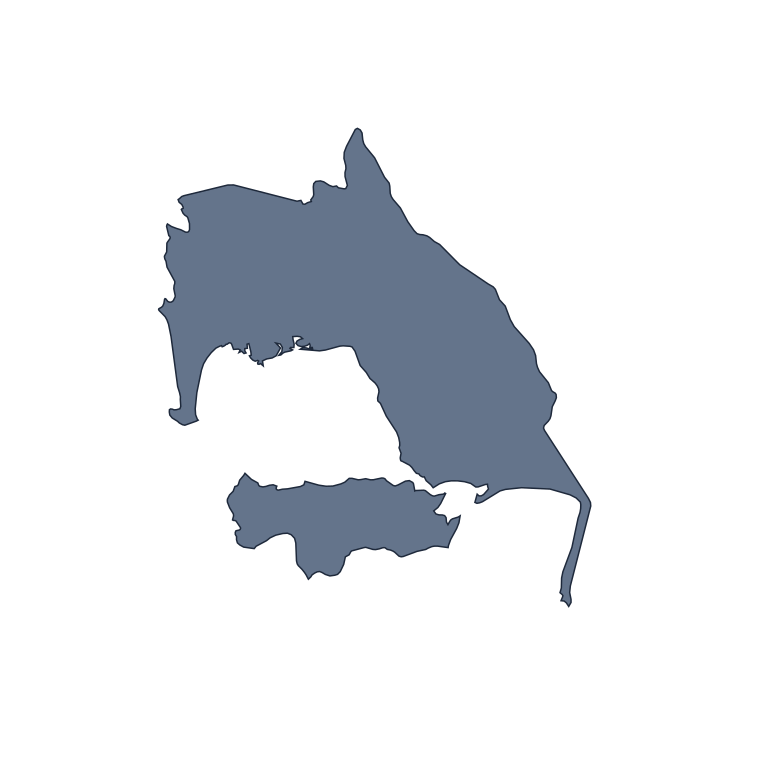 the State of Zulia, rotated 119°
{"feature_id": "VEN-31", "entity_name": "Zulia", "entity_type": "State", "adm_level": 1, "iso_a3": "VEN", "parent_name": "Venezuela", "parent_adm1": "", "projection": "mercator", "projection_center": [-71.765, 10.117], "detail": "fine", "context": "isolated", "style": "filled", "palette": "slate", "viewbox_px": 768, "rotation_deg": 119, "n_neighbors": 0, "source": "natural_earth", "source_scale": "10m", "svg_char_len": 6172}
<svg xmlns="http://www.w3.org/2000/svg" viewBox="0 0 768 768"><g transform="rotate(119 384 384)"><path d="M484.4,114.5L489.0,114.6L487.0,118.4L486.5,121.2L487.7,124.1L483.5,124.6L482.3,125.0L481.7,126.2L481.2,128.9L476.4,130.0L467.6,134.6L461.5,136.5L435.9,140.4L407.2,149.2L401.3,150.3L397.6,151.6L394.1,153.4L392.1,155.0L390.5,160.7L390.7,167.5L395.4,187.9L408.0,213.4L417.3,226.7L421.3,230.7L439.2,240.8L441.5,242.7L443.3,244.9L443.5,247.1L435.2,249.1L435.8,246.7L434.7,244.7L432.4,243.3L425.2,241.7L423.3,243.7L421.5,244.9L422.8,246.7L428.4,251.8L429.6,253.8L428.9,259.9L430.4,266.2L433.0,272.6L436.0,278.1L439.7,283.0L444.5,287.2L450.9,290.7L449.4,294.2L448.1,300.3L445.7,303.7L446.5,304.9L446.7,306.5L446.5,308.3L445.7,309.9L446.4,312.4L445.2,315.6L443.5,319.1L442.6,322.3L442.8,330.8L443.0,331.7L442.8,332.3L441.5,333.5L440.5,334.1L436.3,335.5L432.5,339.9L430.0,340.5L427.5,342.0L423.7,345.2L419.9,349.7L411.0,366.4L402.7,377.7L401.8,381.2L399.4,382.8L393.3,384.6L390.8,386.4L388.8,389.2L387.4,392.4L386.0,398.9L382.5,405.1L379.4,413.8L369.4,425.2L367.1,429.9L367.5,432.0L370.4,438.2L372.3,441.0L382.7,451.7L386.3,456.5L394.2,474.1L391.5,472.6L390.2,469.7L389.4,466.3L388.0,463.4L386.8,464.4L388.0,466.6L386.0,467.3L384.8,468.7L387.1,469.7L389.5,471.8L391.4,474.6L392.1,477.7L391.1,480.8L388.6,480.9L385.8,479.3L383.8,477.2L383.2,480.0L384.4,483.1L386.8,486.8L389.2,485.1L392.6,482.0L395.8,480.5L397.4,483.5L398.5,483.5L398.5,480.5L400.1,481.5L404.2,486.2L405.8,487.3L408.6,488.3L409.9,489.9L405.3,489.0L401.3,490.6L399.3,494.0L400.6,498.4L402.7,492.0L411.6,492.0L415.4,494.4L419.0,498.8L422.7,501.5L426.7,498.4L426.2,500.9L425.8,501.6L427.4,502.9L427.7,504.1L426.8,504.8L424.6,504.8L424.6,505.9L426.5,507.7L426.7,510.3L425.9,513.2L424.6,515.4L423.1,514.1L420.1,516.3L414.2,521.8L415.6,523.1L419.0,520.8L420.5,522.9L422.5,521.8L423.7,519.7L425.2,521.2L424.4,524.5L426.7,526.1L423.9,526.3L424.1,528.4L426.7,532.4L423.1,536.5L422.5,537.7L423.0,539.4L425.3,540.5L425.8,541.4L426.7,541.5L428.6,542.5L429.9,543.6L429.2,544.7L430.7,546.1L434.1,548.4L440.3,550.3L447.0,551.4L453.8,551.6L460.3,550.4L482.3,543.5L497.2,537.1L502.2,533.9L505.3,530.2L505.7,529.0L507.4,530.1L516.6,538.2L517.3,540.5L517.3,544.2L516.7,546.5L516.4,552.8L515.0,556.3L512.6,558.2L510.5,559.2L509.3,558.6L508.6,556.9L508.4,555.1L507.2,553.2L504.6,550.5L502.1,550.9L496.2,554.7L493.8,555.9L490.7,558.6L486.3,563.2L445.7,593.3L436.1,601.5L433.1,605.0L431.2,608.1L428.7,616.5L428.0,617.3L427.3,617.4L424.7,615.8L423.0,615.3L420.2,615.6L416.3,617.0L415.5,616.9L415.3,616.2L416.5,613.4L416.6,612.6L416.3,610.9L415.4,609.7L414.0,608.9L413.0,608.7L409.2,608.9L408.0,609.4L402.6,614.0L399.7,615.3L397.6,615.7L395.7,616.7L387.0,630.4L382.4,634.1L380.8,636.4L379.6,637.4L378.7,638.0L373.9,638.1L366.2,642.1L365.4,642.2L360.8,641.7L359.7,641.9L358.7,643.0L358.6,644.1L351.5,650.6L350.1,651.0L349.0,651.0L349.3,646.2L348.5,640.7L347.6,636.5L347.4,631.2L346.7,629.7L345.9,629.0L344.6,628.7L343.1,629.0L338.0,631.9L333.8,636.1L333.1,637.4L332.9,640.1L332.1,642.5L329.6,645.9L329.0,645.8L327.8,644.8L326.7,645.4L325.0,647.9L324.4,651.3L322.5,653.5L321.1,652.8L318.1,651.8L316.3,650.3L285.8,617.2L282.8,612.0L266.3,548.7L263.7,545.7L265.9,542.1L265.1,540.3L262.5,538.8L259.6,536.0L258.5,537.3L254.3,536.8L252.4,537.3L245.9,541.4L242.8,542.6L239.9,541.9L237.2,538.1L236.4,534.7L236.8,528.2L236.2,524.4L233.8,521.5L234.5,519.0L232.6,513.4L231.6,512.2L228.1,512.3L221.5,518.6L218.0,520.6L214.1,521.7L211.4,523.4L206.1,528.4L200.6,531.1L194.3,532.0L175.3,532.5L173.3,531.2L173.3,527.9L175.1,524.9L180.8,520.9L183.5,518.3L185.4,515.2L190.7,501.9L202.9,483.8L205.8,476.9L208.1,474.9L214.2,471.0L216.6,468.4L218.2,465.5L222.1,455.0L230.5,441.9L235.3,432.0L236.5,428.0L235.9,425.1L234.6,422.3L233.6,418.3L233.7,415.1L235.0,409.0L235.0,403.0L243.0,375.6L246.0,341.6L246.1,335.6L247.2,332.5L254.3,323.9L257.1,315.7L266.5,304.7L270.7,297.9L278.1,276.7L281.6,269.8L285.6,265.2L292.3,260.5L295.1,257.7L297.9,253.9L303.2,240.9L308.5,234.3L308.9,232.8L309.0,229.8L309.7,228.4L312.4,226.6L315.7,226.1L322.3,225.8L330.8,222.6L333.9,222.0L336.9,222.3L342.6,223.8L345.2,223.1L346.8,221.1L384.9,149.8L387.5,146.0L390.5,144.0L470.3,123.1L476.4,120.5L481.7,116.0L484.4,114.5ZM529.5,462.3L531.7,453.7L531.7,446.4L533.4,444.4L533.7,443.2L532.7,440.0L530.8,437.6L528.1,435.1L525.9,432.1L525.3,428.2L526.9,428.0L528.0,427.5L528.4,426.1L528.0,424.9L525.3,421.9L522.5,417.6L514.2,407.4L511.0,405.2L507.4,405.9L504.1,392.0L501.5,385.1L498.1,379.3L492.3,373.3L488.9,370.7L483.4,368.7L482.0,366.2L480.3,360.1L478.9,358.0L475.7,354.1L474.4,349.5L473.0,347.0L467.3,340.4L466.6,338.8L466.4,337.3L467.4,334.9L468.3,326.8L467.8,324.8L465.5,322.8L458.6,318.2L456.2,315.0L456.2,311.1L456.9,309.9L462.6,305.2L461.9,304.8L457.6,297.7L457.2,296.1L458.3,290.0L458.3,287.6L457.8,285.8L454.1,282.2L451.4,278.5L449.9,278.0L449.9,277.0L461.1,276.5L465.9,277.0L470.9,279.0L472.5,275.5L471.8,272.4L470.3,269.6L469.7,267.2L470.8,264.9L474.5,262.4L476.0,259.9L472.1,259.9L470.6,259.7L468.8,258.8L464.3,254.5L462.4,253.5L469.0,251.2L475.1,250.4L487.7,250.3L494.1,249.3L496.0,248.6L499.9,258.7L501.5,261.5L503.1,263.4L506.1,265.8L508.5,267.3L514.4,274.0L525.6,283.6L526.8,285.2L527.3,287.4L525.9,293.2L525.8,295.1L526.1,297.9L527.1,301.0L526.7,303.6L527.1,304.7L528.1,306.0L530.5,308.2L533.0,311.2L534.1,313.6L535.7,320.8L536.8,322.2L545.6,331.3L546.5,331.7L550.3,331.7L553.9,334.0L561.3,331.8L569.3,331.3L573.0,332.3L575.1,334.3L578.1,338.3L579.0,343.0L578.9,346.8L579.2,349.3L580.6,351.3L583.0,353.0L585.9,354.4L588.2,354.5L591.4,355.5L588.7,359.6L587.4,362.1L585.9,365.7L584.4,370.9L583.4,372.7L581.1,374.8L565.9,384.0L562.3,387.4L560.8,392.0L561.3,396.1L563.8,400.0L568.7,405.4L573.7,409.0L578.0,410.8L587.9,417.2L590.9,417.7L594.7,427.7L594.7,432.1L594.0,435.2L591.7,437.5L588.9,439.0L587.7,441.1L585.8,442.2L584.1,442.3L581.9,439.8L581.0,439.3L579.9,439.4L579.2,439.9L575.6,446.9L575.6,448.0L576.4,449.8L576.3,450.6L572.3,451.6L570.6,452.8L567.1,459.0L563.2,463.7L561.8,464.6L560.6,465.1L555.9,465.3L551.0,463.9L546.0,464.7L544.4,463.2L543.6,462.8L542.5,462.7L538.1,463.6L532.0,462.4L529.5,462.3Z" fill="#64748b" stroke="#1e293b" stroke-width="1.5"/></g></svg>